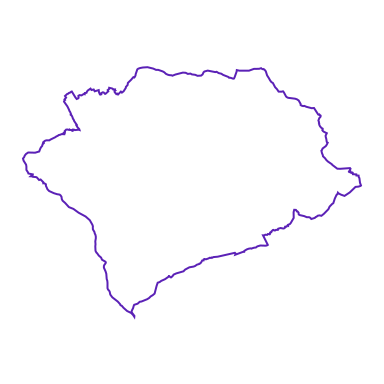 Berzunti, Bacau, Romania (orthographic projection)
{"feature_id": "2599482B20873643169779", "entity_name": "Berzunti", "entity_type": "district", "adm_level": 2, "iso_a3": "ROU", "parent_name": "Romania", "parent_adm1": "Bacau", "projection": "orthographic", "projection_center": [26.631, 46.4], "detail": "fine", "context": "isolated", "style": "outline", "palette": "violet", "viewbox_px": 384, "rotation_deg": 0, "n_neighbors": 0, "source": "geoboundaries", "source_scale": "gbopen_adm2", "svg_char_len": 5839}
<svg xmlns="http://www.w3.org/2000/svg" viewBox="0 0 384 384"><path d="M263.7,69.1L263.4,69.3L262.5,69.1L261.9,68.8L261.6,68.3L261.8,68.2L261.1,68.2L259.1,68.8L253.9,68.9L248.9,70.7L239.5,70.7L236.8,70.1L236.6,71.6L234.7,77.0L234.0,78.5L233.2,78.7L230.6,77.8L229.0,77.7L228.8,77.3L228.2,76.9L223.1,74.9L221.3,73.7L218.7,73.1L216.6,71.8L215.3,72.1L207.7,70.6L204.4,71.5L203.5,72.4L202.6,74.4L201.1,75.6L197.5,75.8L195.2,74.8L191.9,74.4L190.5,73.6L187.8,73.9L185.7,72.8L182.9,72.6L175.5,74.5L172.4,75.7L171.6,75.3L169.2,75.1L167.8,74.7L166.0,73.9L164.3,72.3L162.7,71.4L158.3,69.9L156.1,69.9L153.3,68.6L147.5,67.2L142.9,67.5L140.2,68.0L138.2,68.7L137.3,69.4L135.7,74.1L135.5,75.5L134.8,76.9L134.2,77.5L133.6,77.1L133.3,77.2L131.0,79.9L127.9,82.9L127.6,85.0L125.9,86.9L125.8,87.9L123.6,91.3L121.9,92.6L120.9,91.6L118.0,94.5L117.1,93.6L116.3,94.1L114.7,92.2L114.5,91.1L115.3,90.5L114.9,90.2L115.0,89.4L113.1,89.4L112.9,88.9L112.2,88.5L109.2,87.8L109.1,89.0L107.7,90.1L108.3,91.3L105.6,93.7L105.1,93.9L103.7,92.5L102.8,92.3L101.3,93.1L101.3,94.3L100.2,94.6L99.9,94.4L99.0,92.3L98.7,90.1L94.7,91.3L93.7,89.5L91.5,90.0L90.5,88.6L87.8,90.5L87.0,91.5L86.5,92.8L84.9,93.0L84.7,94.2L83.9,93.9L81.5,95.4L79.6,95.1L78.4,95.8L78.6,97.8L78.3,98.3L76.7,99.0L75.4,97.4L72.1,92.0L71.8,91.5L71.4,91.6L69.9,92.7L69.0,92.9L68.2,93.7L67.3,93.9L65.0,96.0L66.1,97.6L64.5,99.4L65.0,100.0L64.5,100.4L64.0,101.6L67.4,106.4L69.1,109.9L69.3,110.7L70.1,111.9L71.1,114.3L70.7,114.8L71.9,115.9L72.6,117.5L72.9,118.7L73.6,119.5L74.2,121.1L76.8,124.9L76.3,125.2L77.4,127.1L79.2,129.1L79.5,130.0L78.5,129.7L74.9,130.1L73.9,129.6L72.9,129.6L72.9,130.7L72.5,130.9L72.3,130.9L72.0,130.1L69.9,129.9L69.5,129.5L69.0,129.9L67.5,129.5L66.2,129.6L64.8,131.0L65.0,131.6L64.7,133.5L64.1,133.5L63.9,132.7L63.3,133.3L63.7,134.2L61.6,134.1L60.3,134.7L58.6,135.1L57.8,135.8L56.2,136.5L55.5,137.1L50.2,139.7L49.5,140.3L46.4,140.3L45.0,140.8L43.3,142.1L43.1,142.7L43.8,142.8L43.9,143.0L42.5,144.5L42.2,145.9L41.0,147.3L40.3,148.6L39.2,151.5L35.1,152.7L28.2,152.5L26.0,154.0L24.8,155.5L24.1,157.2L23.0,158.5L23.6,160.7L26.1,164.7L26.4,166.6L26.4,169.9L28.0,172.4L28.4,173.5L32.8,174.4L32.7,175.0L31.6,175.5L30.7,176.3L32.2,176.4L32.8,176.8L36.1,177.1L36.9,177.5L39.1,180.0L40.6,179.5L43.4,182.3L43.5,182.7L43.2,182.9L43.3,183.3L44.0,183.1L45.9,184.3L45.9,185.8L47.2,188.6L47.4,189.2L49.1,191.0L53.9,193.2L57.1,194.2L59.6,194.6L60.6,195.4L61.5,196.8L61.8,199.1L62.6,200.7L65.1,202.9L68.9,207.1L73.4,208.9L78.6,212.7L85.6,216.5L89.8,220.2L92.4,224.8L92.9,226.3L92.8,227.2L92.9,229.4L94.4,231.9L94.8,233.6L95.4,234.7L95.8,236.5L95.8,238.4L95.3,241.3L95.5,244.3L95.3,246.3L95.5,250.6L95.7,251.3L96.5,252.7L97.1,253.2L98.8,255.6L101.1,257.6L102.0,259.7L105.4,261.7L105.8,262.3L105.6,263.2L104.3,265.0L103.9,266.0L103.9,267.7L105.6,271.5L106.3,273.8L106.7,279.0L107.3,280.8L107.5,282.9L107.5,288.2L108.0,289.5L109.2,290.8L109.7,291.8L110.3,294.6L112.3,297.3L117.8,301.6L120.1,304.2L120.5,305.2L121.8,305.8L123.5,307.8L127.1,311.0L131.2,313.0L133.1,315.0L134.3,316.8L134.4,315.9L132.2,313.0L131.5,311.7L132.0,310.3L133.1,308.1L133.7,305.9L134.2,304.8L137.6,303.7L139.7,301.8L141.5,301.5L147.2,299.2L149.1,298.0L150.7,296.4L152.7,295.2L154.6,293.6L156.6,285.9L157.7,282.7L159.6,282.1L161.2,280.9L165.0,279.2L168.0,277.1L168.7,276.5L168.9,276.0L169.1,276.0L170.5,277.3L171.3,277.3L172.9,275.7L173.6,274.6L176.3,273.4L183.5,271.3L185.1,269.6L189.4,267.3L193.5,266.6L195.1,266.0L196.9,264.7L199.2,264.0L199.4,263.6L200.3,263.4L201.2,262.3L202.2,260.5L203.6,260.4L203.7,259.4L204.4,259.0L206.0,259.3L208.3,258.5L209.9,257.7L211.0,258.0L211.7,257.5L212.4,257.7L213.3,257.1L217.7,256.7L234.9,252.8L235.7,253.6L235.3,254.7L242.9,251.9L244.2,251.8L244.3,250.9L246.8,249.4L248.7,248.7L250.5,248.4L251.6,248.6L251.8,248.4L254.1,247.7L255.9,247.5L257.3,246.4L260.3,245.5L265.8,245.7L267.0,245.4L267.8,244.9L263.0,235.3L264.4,235.3L265.3,234.7L267.1,234.9L267.9,234.0L269.7,234.3L269.9,234.1L270.1,232.6L271.2,232.3L271.1,231.8L272.9,230.0L273.6,229.9L274.1,230.4L275.0,230.5L275.9,229.9L277.4,229.9L277.9,229.8L277.9,229.1L278.2,228.7L280.7,228.0L282.4,228.4L283.8,228.5L284.8,227.9L285.1,227.4L285.0,226.9L285.2,226.6L286.5,226.7L287.5,225.4L288.1,225.7L288.1,224.8L289.8,224.1L290.7,223.1L293.7,217.9L293.6,212.2L294.2,209.8L295.9,209.9L296.9,211.4L297.3,211.3L297.8,211.7L298.6,212.8L298.6,214.0L298.8,214.5L299.8,215.1L304.2,216.1L306.8,217.2L309.1,217.2L310.3,217.8L311.3,219.0L314.8,217.9L315.7,217.0L316.4,216.8L317.8,215.7L319.6,215.4L321.4,215.8L323.9,213.8L328.4,209.2L329.6,206.6L332.1,204.0L333.3,203.2L334.8,198.6L336.2,195.6L336.7,194.6L337.4,194.3L337.9,192.7L338.4,193.3L341.1,194.7L344.5,195.9L349.8,192.4L355.5,186.9L358.5,186.6L360.6,185.9L361.0,185.5L360.0,182.8L359.4,178.1L358.8,177.2L358.6,175.6L356.4,175.5L356.3,174.4L352.9,174.2L352.7,172.7L352.3,172.5L351.3,172.9L350.9,172.7L350.8,172.1L349.3,172.1L348.9,171.7L349.1,171.2L350.0,170.9L350.2,170.4L350.0,169.4L350.5,168.8L350.0,168.1L340.2,168.8L337.3,168.7L332.3,164.9L331.8,164.2L328.0,161.6L326.3,160.0L325.1,158.3L323.0,156.3L322.8,155.1L322.0,153.2L321.4,150.7L321.8,150.3L322.6,148.5L325.8,146.1L326.8,144.6L327.7,142.7L327.0,142.3L326.7,141.7L326.3,139.0L325.7,136.8L325.6,135.7L326.8,133.2L324.1,131.9L322.9,131.0L322.3,130.1L322.8,129.0L322.6,128.6L321.4,127.9L320.0,126.3L319.2,124.6L319.2,123.4L318.9,123.1L318.9,122.6L319.0,122.1L318.4,120.5L319.3,118.1L320.3,117.1L320.7,116.0L320.6,115.6L319.5,115.1L319.6,114.7L319.4,114.5L319.2,114.7L318.2,114.5L314.0,108.0L311.7,108.2L306.4,106.8L304.3,105.9L303.1,106.1L301.5,105.6L300.6,105.0L300.6,103.9L298.7,100.5L296.9,99.3L295.1,98.7L288.1,97.8L286.7,97.1L286.0,96.4L283.9,92.4L283.0,91.3L281.5,91.7L278.6,91.6L277.0,89.2L275.1,87.2L272.9,83.0L271.4,82.1L270.1,80.4L268.9,78.2L267.1,75.4L265.8,71.3L264.7,69.9L263.7,69.1Z" fill="none" stroke="#5b21b6" stroke-width="2"/></svg>